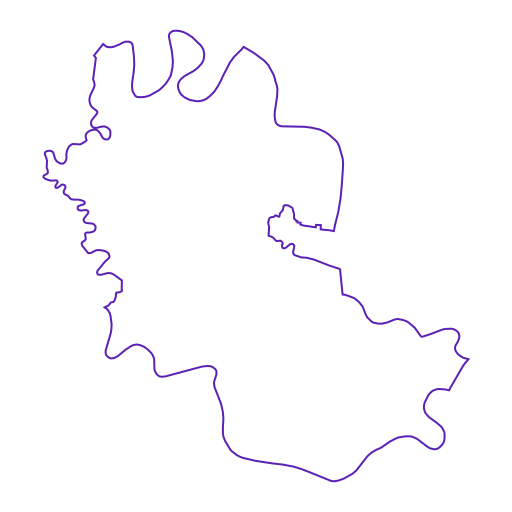 outline of An Duong, Hải Phòng, Vietnam
{"feature_id": "81297802B31270346353021", "entity_name": "An Duong", "entity_type": "district", "adm_level": 2, "iso_a3": "VNM", "parent_name": "Vietnam", "parent_adm1": "Hải Phòng", "projection": "albers", "projection_center": [106.579, 20.884], "detail": "fine", "context": "isolated", "style": "outline", "palette": "violet", "viewbox_px": 512, "rotation_deg": 0, "n_neighbors": 0, "source": "geoboundaries", "source_scale": "gbopen_adm2", "svg_char_len": 5897}
<svg xmlns="http://www.w3.org/2000/svg" viewBox="0 0 512 512"><path d="M243.6,46.9L241.7,49.3L234.0,56.9L230.0,62.4L223.1,75.7L221.2,80.1L218.1,85.8L214.4,91.5L210.1,95.9L206.3,98.9L202.7,100.5L197.8,101.3L190.9,100.2L189.0,99.6L184.6,97.4L181.4,94.8L179.7,92.2L178.4,89.1L177.9,86.0L178.2,84.1L178.8,82.1L180.1,80.2L181.6,78.4L184.8,75.9L193.6,71.0L198.0,67.6L201.6,63.6L203.2,60.9L203.9,58.1L204.2,54.0L203.4,49.6L200.9,45.5L192.0,37.0L187.2,33.9L184.5,32.5L181.6,31.5L178.0,30.8L175.0,30.7L172.6,31.1L170.8,32.2L169.5,33.7L168.9,35.4L169.0,37.1L172.0,52.0L172.9,61.2L172.5,67.4L170.8,75.5L169.5,78.0L165.7,83.8L160.7,88.8L158.7,90.4L149.6,95.5L145.4,96.8L141.1,97.2L137.3,97.0L136.3,96.6L135.1,95.6L133.0,92.1L132.3,89.5L132.0,86.1L132.2,82.2L133.7,71.8L134.3,64.1L133.9,56.3L132.8,46.3L132.4,44.4L131.6,43.1L130.5,42.3L128.7,41.7L125.5,41.7L123.2,42.4L119.3,44.5L113.9,46.7L110.6,47.3L107.5,47.0L106.2,46.5L103.1,44.0L94.0,55.6L95.9,57.9L93.1,79.4L94.3,82.8L94.6,85.5L93.6,88.4L90.4,95.0L89.6,97.9L89.4,100.8L90.4,104.8L91.4,106.4L92.6,107.7L97.0,111.1L97.4,112.3L97.0,113.5L92.0,119.8L91.1,121.9L91.0,123.9L91.7,125.9L93.0,127.3L94.0,127.7L96.5,127.9L100.3,126.9L103.8,126.4L105.6,126.7L108.2,128.2L109.8,129.9L110.4,131.4L110.3,135.6L109.7,137.4L108.2,139.1L107.1,139.5L104.8,139.3L102.8,137.9L99.6,132.5L97.6,130.4L95.5,129.7L93.6,129.6L89.8,130.7L87.1,132.6L85.8,134.8L85.6,136.8L86.6,140.3L85.9,141.1L81.1,144.0L79.9,144.4L73.0,144.0L71.7,144.4L69.5,146.0L68.7,147.1L67.0,150.6L66.4,153.8L66.5,157.7L65.9,160.4L65.0,162.1L63.2,163.6L60.8,163.6L59.8,163.2L57.5,161.9L56.4,160.9L55.0,158.6L53.4,152.9L52.7,151.9L51.6,151.2L49.6,150.7L47.4,151.0L46.0,151.6L45.1,152.4L44.8,154.0L46.6,158.9L47.0,161.0L46.7,167.7L47.7,170.3L47.9,172.3L47.7,173.1L46.5,174.1L43.9,175.5L43.5,176.1L43.5,177.3L45.2,178.8L48.6,180.1L50.8,180.6L55.9,180.4L57.0,180.7L57.4,181.1L57.7,182.2L55.5,185.8L55.3,186.7L55.7,187.7L57.0,187.9L57.9,187.6L61.9,184.6L63.2,184.6L64.7,185.2L65.4,186.4L65.5,187.2L63.7,191.5L63.8,193.0L64.3,193.8L65.1,194.4L67.7,195.6L70.5,198.7L71.5,199.3L73.8,199.6L78.6,199.7L81.1,200.2L83.5,201.1L84.4,201.7L84.8,202.9L84.4,204.0L78.4,206.1L77.7,207.1L77.7,208.9L78.2,209.7L80.3,210.6L86.1,210.0L87.8,210.8L88.3,211.6L88.1,213.3L83.9,218.6L83.6,220.2L83.9,221.3L84.6,222.1L86.4,223.0L92.4,223.6L93.6,224.1L95.4,226.0L95.6,228.3L94.7,230.5L93.8,231.2L92.4,231.9L90.1,232.5L86.7,232.5L85.3,233.3L85.1,234.1L85.8,239.0L84.8,240.5L82.2,242.2L81.7,243.2L81.7,244.0L82.4,245.9L87.9,252.8L88.5,253.2L90.8,253.0L96.2,250.2L99.3,250.1L102.1,250.4L105.6,251.3L108.0,252.9L108.9,254.1L109.5,256.4L109.0,258.0L104.9,261.7L97.4,270.9L97.1,272.3L97.5,274.0L98.1,274.5L100.5,274.9L107.9,273.0L111.1,273.3L113.8,274.5L121.9,280.5L121.7,289.7L122.0,290.1L121.7,291.2L119.8,292.2L116.4,292.7L116.0,293.3L115.8,296.7L114.5,300.5L113.6,301.8L110.7,302.6L108.6,305.4L104.6,307.3L107.3,309.3L109.7,312.9L110.6,316.4L111.6,324.3L111.4,329.2L110.7,333.3L105.6,350.8L105.6,352.7L106.1,355.0L107.7,356.8L110.2,358.3L111.5,358.4L114.1,358.0L117.9,356.1L125.6,349.7L131.3,346.0L133.5,345.0L136.9,344.5L139.1,344.9L141.7,345.7L144.5,347.1L147.4,349.1L151.2,352.9L152.4,354.6L153.9,358.0L154.2,359.6L154.4,369.1L154.8,370.9L156.4,373.8L158.3,375.7L159.4,376.3L161.6,376.8L165.4,376.4L201.9,366.6L207.1,366.0L209.2,366.1L211.2,366.4L212.8,367.1L215.2,369.0L216.3,370.8L216.5,372.0L216.3,374.9L214.1,381.7L214.0,383.2L214.5,387.1L220.9,403.3L222.8,411.6L223.4,418.4L222.9,427.8L222.9,433.1L223.3,436.2L223.9,437.9L225.2,441.1L230.1,449.3L231.5,451.0L236.8,455.1L239.6,456.6L243.0,457.9L255.9,460.9L271.7,463.3L282.9,464.6L293.5,466.6L300.6,468.8L308.9,471.9L331.0,480.9L333.6,481.3L337.9,480.7L343.6,478.7L352.6,473.7L356.4,470.4L366.4,457.5L368.1,455.6L371.3,452.7L376.5,449.7L381.1,447.7L389.8,441.6L395.6,438.6L398.7,437.4L405.3,436.3L410.0,436.3L412.6,436.8L417.3,439.0L427.1,446.5L430.0,448.3L434.4,449.3L436.8,449.0L438.9,447.8L441.0,446.0L442.7,444.0L443.7,442.1L444.3,440.2L444.5,438.1L444.6,434.0L444.3,432.1L442.7,428.7L441.3,426.7L436.6,422.6L429.1,417.3L425.7,413.4L424.7,411.3L424.1,409.1L423.9,407.0L424.0,405.1L424.7,402.5L428.1,395.7L429.3,393.9L432.3,391.0L435.3,389.7L437.4,389.1L439.4,389.0L445.6,389.5L449.2,390.3L450.4,387.7L462.8,366.4L464.6,363.7L468.5,359.2L463.5,357.8L460.8,356.4L457.7,353.9L455.8,351.2L455.0,348.8L455.2,346.9L455.4,345.8L457.9,341.5L459.1,338.3L459.4,336.0L458.7,333.2L456.8,331.0L453.8,329.2L451.4,328.7L446.0,328.9L442.9,329.4L429.7,334.4L422.4,336.7L421.5,336.7L420.7,336.1L414.8,327.8L408.3,322.3L406.3,321.2L403.1,320.0L398.0,319.0L396.2,319.2L394.4,319.6L387.5,322.4L382.0,323.7L377.3,323.5L373.4,322.6L371.7,321.7L367.1,317.2L365.7,314.4L362.6,306.5L358.9,301.9L355.0,298.7L353.1,297.7L348.5,295.9L344.9,294.8L342.6,294.5L340.1,269.9L339.8,269.0L329.7,265.7L314.0,259.6L307.0,257.8L301.3,257.4L294.8,255.2L293.8,254.4L293.3,253.5L293.1,252.3L294.3,246.1L294.2,245.4L293.0,244.1L291.6,243.8L290.2,244.1L285.5,248.0L283.4,248.3L282.6,247.8L282.1,246.9L282.0,244.9L282.7,243.8L282.7,243.2L281.9,241.6L280.4,240.7L276.5,241.0L275.8,240.6L273.6,238.1L272.2,237.0L268.6,235.7L269.1,227.0L268.1,222.5L269.2,218.5L269.8,217.9L271.5,217.1L273.6,217.0L275.2,215.5L275.8,215.4L278.6,216.7L279.3,216.6L280.0,213.4L282.7,210.3L283.8,205.8L284.6,205.2L288.1,205.4L292.4,207.9L294.0,213.9L294.1,218.7L295.5,219.7L296.1,221.0L297.4,221.1L297.4,222.5L300.6,222.7L300.4,224.6L303.8,225.6L315.7,227.3L316.1,224.9L320.8,225.1L320.7,229.4L329.7,230.3L333.9,231.1L335.0,225.0L338.3,211.8L340.5,198.7L341.8,185.1L342.9,168.5L343.1,162.9L342.6,158.1L339.0,145.7L337.3,142.4L335.7,140.6L329.1,134.7L324.9,131.9L319.4,129.4L311.6,127.7L304.7,126.8L281.6,126.3L279.6,125.8L277.7,124.8L276.4,123.6L275.5,121.8L274.6,116.2L274.8,111.7L277.0,96.9L277.5,88.9L276.5,84.4L275.3,81.1L275.0,79.0L273.6,74.8L268.4,65.2L264.3,60.7L253.7,52.8L243.6,46.9Z" fill="none" stroke="#5b21b6" stroke-width="2"/></svg>